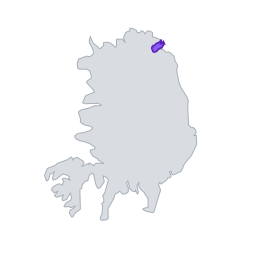 Breiðdalshreppur, Austurland, Iceland (highlighted), rotated 283°
{"feature_id": "244011B15837177030035", "entity_name": "Breiðdalshreppur", "entity_type": "district", "adm_level": 2, "iso_a3": "ISL", "parent_name": "Iceland", "parent_adm1": "Austurland", "projection": "albers", "projection_center": [-14.121, 64.837], "detail": "fine", "context": "in_parent", "style": "filled", "palette": "violet", "viewbox_px": 256, "rotation_deg": 283, "n_neighbors": 0, "source": "geoboundaries", "source_scale": "gbopen_adm2", "svg_char_len": 6181}
<svg xmlns="http://www.w3.org/2000/svg" viewBox="0 0 256 256"><g transform="rotate(283 128 128)"><path d="M191.6,77.2L193.7,77.4L197.0,75.9L201.9,71.6L203.9,70.6L208.5,70.7L202.9,74.9L200.7,79.6L199.1,81.8L199.1,82.9L203.0,85.8L205.0,84.9L205.8,85.2L206.5,86.6L207.0,89.2L206.7,92.0L205.5,94.8L203.9,97.1L204.1,97.8L205.4,98.2L212.0,96.9L212.7,100.3L213.3,101.4L213.1,102.6L210.5,106.2L213.6,103.9L216.1,103.3L220.3,104.4L222.0,105.7L223.0,108.1L225.1,107.3L226.1,108.7L226.1,110.1L225.2,114.0L222.7,115.9L224.2,118.7L225.5,118.8L225.7,119.4L225.6,121.1L223.7,123.1L226.9,125.2L227.3,126.0L227.1,128.5L226.6,130.0L225.6,130.8L223.3,131.0L221.9,131.9L222.4,133.4L221.9,137.6L220.1,141.1L218.3,142.9L216.6,144.1L211.9,142.8L212.1,145.8L210.4,147.6L210.7,149.1L211.3,149.9L211.0,151.9L208.8,156.0L207.2,157.3L204.1,158.8L199.7,162.5L195.2,162.4L184.0,167.4L179.6,170.2L171.4,178.5L168.0,180.6L162.3,181.4L144.8,186.2L142.7,189.4L142.5,190.2L143.2,191.5L141.8,193.8L139.1,195.4L137.8,195.3L135.8,193.7L135.5,194.4L136.2,196.2L127.5,198.6L115.9,196.1L105.9,191.1L97.8,189.5L92.6,183.1L92.5,182.2L93.3,180.5L95.5,180.0L94.7,178.1L90.9,180.9L89.8,180.6L88.4,179.2L88.5,178.0L85.7,177.3L81.1,173.0L80.8,172.2L82.1,171.1L81.9,170.8L79.2,170.7L74.9,173.7L51.6,172.1L51.0,170.2L51.0,163.5L52.1,160.8L53.1,161.2L55.3,165.3L61.7,164.0L64.4,162.9L67.1,159.6L68.6,158.6L71.0,154.3L73.3,151.7L77.3,150.8L73.9,149.6L67.7,152.6L65.8,152.3L66.9,150.8L69.1,149.3L67.7,149.0L67.3,148.1L67.5,146.4L68.8,143.8L76.2,139.7L74.7,138.6L69.6,141.8L66.0,142.6L63.4,140.6L62.4,138.1L62.6,137.1L64.6,134.4L64.4,133.8L63.4,133.4L60.7,130.3L56.0,129.9L44.6,126.7L35.2,129.1L33.4,127.1L32.2,123.1L32.8,121.7L34.5,121.2L38.7,121.9L45.3,121.1L48.4,119.4L49.5,120.1L49.9,121.2L54.0,120.1L56.3,118.5L59.6,119.9L72.8,120.6L74.8,118.3L75.8,115.4L75.6,114.7L70.5,116.9L69.4,116.7L64.1,114.5L62.3,112.6L63.1,111.4L66.4,109.0L74.4,105.2L75.6,104.4L75.8,103.2L73.1,100.9L67.5,100.7L66.4,98.1L62.0,96.1L58.8,96.6L57.4,94.9L38.3,99.8L33.0,95.4L28.9,94.2L28.7,93.0L31.7,90.1L33.4,89.8L35.0,90.3L37.8,93.2L39.9,94.2L37.7,90.4L38.1,87.1L37.4,86.2L36.9,83.9L37.3,83.2L40.5,84.2L45.2,88.7L47.9,88.5L51.6,86.5L44.3,84.1L42.5,80.8L44.3,79.5L48.1,80.2L44.6,74.5L44.6,73.6L45.6,71.4L50.7,74.2L48.3,70.8L48.3,70.1L49.2,69.6L50.0,67.8L51.4,67.3L54.0,68.3L57.7,72.5L58.1,73.5L57.8,77.1L59.5,76.8L61.4,77.6L63.4,75.4L64.4,76.1L65.0,78.4L64.3,83.1L65.7,81.6L67.6,81.7L68.5,77.9L68.5,74.7L62.6,70.2L60.5,67.2L60.9,66.4L62.2,65.7L68.9,66.0L66.3,64.1L65.8,62.4L60.7,62.3L58.3,61.3L58.3,60.5L59.5,59.5L62.9,57.4L68.7,58.0L70.9,59.0L74.7,64.9L78.0,67.6L83.1,75.6L86.7,78.9L86.8,79.6L86.1,80.4L84.4,81.2L86.6,82.7L87.8,84.8L87.8,85.6L85.8,91.4L84.1,93.1L80.6,91.6L81.3,93.6L83.7,95.9L84.1,97.0L83.6,98.1L84.9,97.9L85.2,98.6L84.2,101.8L83.4,103.0L85.5,103.9L86.9,105.7L87.9,112.7L89.5,107.6L90.2,105.8L91.2,105.2L92.8,100.0L95.6,97.1L98.0,96.2L100.0,100.1L101.6,100.6L104.1,94.3L104.8,89.6L104.8,84.3L105.4,80.6L106.8,78.4L108.4,77.9L111.4,80.4L113.6,85.9L117.2,91.9L119.9,93.6L120.4,93.5L121.1,91.7L121.3,84.2L122.9,80.3L126.4,79.6L131.7,76.3L132.9,76.3L135.2,78.6L139.2,86.4L142.1,90.1L143.4,95.8L144.1,96.9L144.9,95.2L145.2,92.7L142.0,80.9L142.1,79.4L142.5,78.1L149.4,79.2L150.9,80.6L155.4,87.4L157.9,84.9L163.0,77.3L164.6,77.6L168.4,81.0L170.0,80.7L174.8,78.1L176.0,74.5L174.3,67.0L175.2,65.5L179.5,63.9L184.1,64.4L188.7,71.4L188.8,74.6L191.6,77.2Z" fill="#d9dde1" stroke="#a8b0b8" stroke-width="1"/><path d="M211.3,133.1L211.1,133.2L210.9,133.2L209.8,133.8L209.5,134.1L209.3,134.5L209.0,134.6L208.9,134.7L208.8,134.9L208.4,135.0L208.1,135.0L208.0,135.3L208.0,135.5L207.9,135.7L207.8,135.9L207.8,136.1L207.8,136.3L207.9,136.5L208.0,136.6L208.0,136.9L208.1,137.3L208.2,137.5L208.3,137.7L208.4,137.8L208.6,137.9L208.7,138.0L208.8,138.0L209.0,138.3L209.1,138.5L209.3,138.5L209.5,138.9L209.8,139.1L210.2,139.2L210.4,139.3L210.6,139.3L210.8,139.4L210.9,139.5L211.1,139.5L211.3,139.7L211.3,139.9L211.3,140.0L211.7,140.2L212.1,140.3L212.1,140.5L212.2,140.8L212.3,140.9L212.4,141.2L212.5,141.3L212.9,141.3L213.0,141.5L213.1,141.8L213.3,141.8L213.3,142.0L213.5,142.3L213.6,142.5L213.8,142.9L214.0,143.0L214.5,143.1L214.9,143.1L215.0,143.1L215.3,143.1L215.5,143.2L215.9,143.3L216.2,143.4L216.3,143.5L216.4,143.9L216.7,144.0L216.9,143.9L217.1,143.8L217.3,143.8L217.5,143.9L217.9,143.8L218.1,144.5L218.2,144.3L218.3,144.3L218.4,144.2L218.5,144.2L218.8,144.0L218.8,143.9L219.0,143.8L219.2,143.7L219.3,143.7L219.5,143.4L219.4,143.3L219.4,143.2L219.2,143.0L219.0,142.8L218.9,142.7L219.0,142.6L219.0,142.4L218.9,142.4L218.8,142.2L218.7,142.2L218.6,141.9L218.3,141.8L218.2,141.8L218.2,141.7L217.9,141.4L217.7,141.3L217.8,141.1L217.7,141.0L217.8,141.0L217.7,140.9L217.8,140.9L217.8,140.7L218.0,140.7L218.3,140.7L218.3,140.8L218.2,140.7L218.1,140.8L218.4,140.9L218.5,140.9L218.4,141.0L218.2,141.5L218.3,141.3L218.4,141.1L218.3,141.3L218.3,141.5L218.4,141.4L218.5,141.1L218.5,140.9L218.7,141.0L218.7,140.9L218.8,140.9L219.0,140.8L219.0,141.0L219.1,140.9L219.2,140.7L219.3,140.6L219.5,140.6L219.4,140.7L219.5,140.7L219.5,140.8L219.6,140.7L219.8,140.5L220.0,140.7L220.0,140.8L220.0,140.7L220.3,140.7L220.3,140.8L220.5,140.7L220.9,140.6L221.0,140.6L221.2,140.3L221.0,140.2L220.9,140.2L220.7,140.2L220.3,140.1L220.2,140.0L220.1,139.9L219.9,139.9L219.7,139.8L219.5,139.7L219.4,139.6L219.2,139.5L218.9,139.4L218.8,139.2L218.6,139.1L218.5,138.9L218.4,138.8L218.2,138.8L218.0,138.5L217.9,138.4L217.9,138.2L217.5,138.1L217.4,137.8L217.4,137.6L217.3,137.4L217.1,137.4L216.9,137.1L216.9,136.9L216.7,136.9L216.6,136.7L216.4,136.5L216.4,136.4L216.2,136.1L215.9,135.8L215.7,135.8L215.3,135.8L215.0,135.8L214.8,135.6L214.7,135.5L214.6,135.3L214.6,135.2L214.1,134.7L213.9,134.5L213.7,134.5L213.4,134.2L213.5,134.1L213.4,134.1L213.3,133.9L213.2,133.9L213.2,133.6L213.0,133.3L212.9,133.2L212.7,133.2L212.4,133.3L212.1,133.4L211.9,133.3L211.7,133.1L211.3,133.1ZM218.9,142.3L219.0,142.2L218.9,142.1L218.9,142.3ZM219.6,142.2L219.5,142.3L219.6,142.2ZM219.6,142.4L219.7,142.2L219.7,142.3L219.6,142.4ZM220.2,143.1L220.3,143.0L220.2,143.0L220.2,143.1ZM219.9,142.5L219.9,142.4L219.9,142.5ZM219.6,143.5L219.6,143.4L219.6,143.5Z" fill="#8b5cf6" stroke="#5b21b6" stroke-width="1.5"/></g></svg>